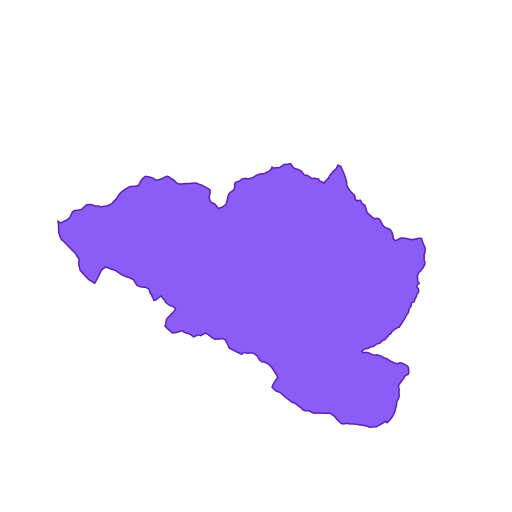 outline of Tang, Bumthang, Bhutan, rotated 296°
{"feature_id": "84629894B61267933696979", "entity_name": "Tang", "entity_type": "district", "adm_level": 2, "iso_a3": "BTN", "parent_name": "Bhutan", "parent_adm1": "Bumthang", "projection": "mercator", "projection_center": [90.891, 27.681], "detail": "fine", "context": "isolated", "style": "filled", "palette": "violet", "viewbox_px": 512, "rotation_deg": 296, "n_neighbors": 0, "source": "geoboundaries", "source_scale": "gbopen_adm2", "svg_char_len": 6128}
<svg xmlns="http://www.w3.org/2000/svg" viewBox="0 0 512 512"><g transform="rotate(296 256 256)"><path d="M163.5,446.7L164.9,447.5L169.2,448.7L173.4,449.2L177.7,448.9L183.4,447.7L186.7,446.4L189.8,446.6L192.9,446.2L196.3,444.1L198.0,443.5L199.6,442.6L201.5,441.2L202.9,441.0L205.9,441.4L210.5,442.4L213.0,442.3L216.6,444.7L218.4,444.4L220.7,443.1L222.7,441.7L223.4,440.5L223.7,437.7L223.7,433.6L222.6,431.6L221.3,430.6L220.8,429.0L220.5,426.5L220.6,422.0L221.1,418.3L220.7,416.6L220.6,414.0L220.9,411.7L220.5,410.1L220.2,407.8L219.2,406.6L218.5,405.1L218.3,403.2L218.3,401.2L218.4,399.6L218.0,397.9L216.9,396.1L216.4,395.1L216.2,394.0L216.5,392.7L217.9,393.2L218.7,393.9L219.1,394.1L220.0,394.2L220.5,394.7L221.5,396.7L222.6,397.8L223.7,398.1L224.2,398.4L225.1,399.8L225.5,400.1L226.1,401.1L226.4,401.4L226.7,401.6L228.1,402.0L229.0,402.6L229.5,402.6L229.9,403.0L230.5,403.9L231.3,404.9L231.9,405.3L232.5,405.8L232.9,405.9L233.9,406.1L234.8,406.6L235.7,406.9L236.2,407.3L236.9,408.3L237.3,408.6L239.1,408.9L241.4,409.8L242.5,409.9L243.2,409.9L243.9,410.1L244.8,411.0L246.7,411.4L247.6,411.3L248.0,411.3L248.8,412.0L249.3,412.2L251.1,412.7L251.4,412.9L252.3,413.9L253.8,414.6L254.4,415.5L254.7,415.9L255.1,416.0L256.8,416.1L258.1,416.4L260.1,416.5L261.1,416.7L263.0,416.8L264.0,417.0L265.1,417.0L266.6,417.2L268.4,417.2L269.1,417.2L270.5,417.6L272.4,417.7L273.3,417.5L273.8,417.4L274.6,416.9L276.2,417.0L277.0,416.9L277.5,417.0L278.2,417.3L279.0,417.3L279.7,417.2L281.2,416.6L282.0,416.4L282.4,416.5L282.8,416.8L283.9,417.9L284.4,418.1L285.2,418.1L287.0,417.7L289.0,417.9L289.5,417.9L291.4,417.5L292.1,417.4L293.1,417.5L293.9,417.9L294.3,418.0L295.9,417.6L297.4,416.6L297.7,416.3L298.4,414.8L298.8,414.2L299.8,413.7L300.7,413.6L301.3,413.7L301.9,414.1L302.6,414.7L303.0,414.7L303.3,414.4L304.2,412.6L304.7,412.0L305.4,411.6L307.1,411.1L307.3,410.7L307.8,410.2L308.3,410.0L310.1,409.7L312.8,409.6L313.2,409.8L314.2,410.4L317.1,410.8L318.9,411.4L319.3,411.4L320.5,411.3L321.6,411.5L322.0,411.2L323.0,411.1L324.0,410.8L324.6,410.4L324.9,410.1L325.3,409.6L325.8,409.1L327.5,408.2L328.8,407.8L330.1,406.8L330.8,406.6L333.0,406.4L334.6,405.7L335.8,405.3L336.4,404.9L336.9,404.7L337.8,404.0L341.1,400.1L344.3,397.1L343.7,395.3L343.4,394.7L340.9,391.6L338.9,388.7L337.4,382.4L335.8,378.4L332.6,376.1L330.8,374.3L331.6,372.0L335.1,369.6L337.5,367.1L338.7,364.6L338.5,362.2L338.3,359.0L339.4,356.1L341.9,353.0L343.1,351.2L343.3,349.7L342.7,347.6L341.4,346.2L341.6,344.3L343.7,337.1L345.1,335.6L349.4,331.6L349.4,330.0L349.8,328.1L351.9,325.4L350.7,323.6L350.0,321.9L350.5,320.3L352.4,319.1L353.7,317.9L354.2,316.4L355.1,313.7L356.0,311.8L357.4,309.2L359.4,306.6L362.7,304.7L368.0,299.6L373.8,292.8L373.6,289.8L369.7,289.8L365.3,288.1L360.5,287.0L357.8,287.0L352.5,285.2L351.3,285.2L351.4,283.4L351.7,282.5L351.3,280.6L351.4,279.7L352.7,278.5L352.1,277.2L351.7,275.5L351.7,274.7L350.1,272.3L350.6,269.6L350.9,267.7L350.8,266.0L350.1,264.9L349.9,264.0L350.5,263.0L351.4,260.8L352.0,260.1L352.3,257.5L352.3,256.0L351.7,253.4L351.9,250.2L353.0,248.9L354.1,246.9L353.7,245.7L352.5,244.6L351.3,242.3L350.2,240.8L345.7,238.5L345.3,237.5L343.8,234.7L342.7,233.3L343.0,231.5L342.4,231.5L340.2,231.4L337.4,230.4L336.0,228.9L334.4,228.0L333.0,226.3L332.2,224.7L330.9,223.1L328.3,220.7L325.3,219.0L323.2,216.8L321.4,214.3L321.0,212.1L319.0,209.7L316.4,208.5L313.3,205.4L311.3,205.1L309.8,206.2L306.9,207.1L304.5,206.6L302.1,205.0L298.8,204.4L289.5,206.5L288.5,206.0L285.5,204.5L283.9,203.1L282.4,201.3L282.8,200.0L284.5,196.6L284.8,195.2L284.5,192.1L286.3,189.7L288.6,187.9L292.4,187.2L295.3,185.7L295.8,180.5L295.7,178.9L295.9,177.1L295.8,175.1L295.5,173.5L295.5,171.4L295.0,169.3L291.4,163.4L290.2,160.8L288.9,158.9L287.3,155.9L286.8,154.1L287.1,152.0L287.8,150.0L288.4,147.5L288.6,144.9L289.0,142.9L288.7,141.1L287.5,139.9L285.4,138.4L283.7,137.0L280.7,133.8L280.4,131.9L280.8,129.7L280.6,127.4L280.1,124.6L279.0,121.6L275.5,120.0L271.9,119.5L267.6,119.4L265.0,115.5L262.9,112.0L258.5,109.0L254.5,107.0L251.7,106.1L246.6,105.5L239.5,103.3L235.7,100.2L232.0,94.5L231.9,92.4L230.4,90.0L230.4,88.6L229.8,84.6L227.8,81.3L223.6,79.6L221.4,78.9L219.0,75.7L217.6,73.3L215.4,71.7L209.0,71.8L206.0,70.5L201.3,66.9L200.1,65.7L200.1,64.5L200.4,62.8L196.8,65.2L190.9,68.2L188.7,70.2L186.7,72.2L185.3,74.4L185.1,76.0L183.5,80.2L181.4,86.2L180.0,90.0L179.2,92.8L177.6,94.8L175.8,98.0L174.2,99.0L172.0,99.6L170.2,100.8L166.1,104.2L163.3,111.0L161.5,116.0L161.1,118.6L161.2,119.3L160.8,123.0L164.1,123.2L175.7,123.3L180.1,125.5L180.6,128.7L180.6,131.0L181.4,135.3L180.3,143.6L180.5,148.8L181.1,152.1L180.8,156.7L177.5,161.6L177.5,164.6L178.2,167.4L179.5,170.6L179.3,174.0L178.6,175.1L175.8,177.6L175.6,179.2L174.4,179.8L173.4,181.6L171.4,183.5L171.8,184.6L174.8,186.3L176.9,187.1L178.4,188.5L178.1,188.9L176.8,191.4L176.0,193.9L175.0,194.7L174.4,196.2L173.9,199.3L173.7,200.9L174.3,202.8L173.9,205.1L172.9,207.1L170.8,206.7L161.7,203.7L159.9,203.3L156.8,204.2L155.2,204.8L153.1,204.8L152.0,207.9L150.6,212.8L150.1,214.5L152.1,217.7L156.5,222.3L156.0,224.9L156.1,227.0L156.6,228.7L156.7,232.0L155.9,235.3L158.2,237.3L159.6,238.2L160.2,241.3L163.7,243.5L164.6,244.8L164.4,247.7L163.3,252.5L163.2,255.7L165.9,260.4L167.2,262.2L167.2,265.0L166.3,266.1L163.8,269.8L162.3,271.1L161.4,273.0L161.4,276.8L161.3,280.5L161.3,286.3L162.8,286.7L163.9,287.4L164.4,288.3L164.8,290.8L167.2,294.9L167.5,296.9L167.1,298.5L167.1,299.8L166.7,300.9L164.0,304.9L163.5,307.7L164.3,309.9L164.4,313.5L164.1,315.0L163.3,317.7L161.0,322.0L157.9,326.9L156.1,329.0L152.7,328.0L148.4,327.7L145.3,327.8L144.1,330.5L143.4,333.8L143.9,336.7L143.8,338.3L142.9,341.0L142.0,344.4L140.9,350.1L140.3,351.8L140.8,355.1L140.5,357.3L139.8,359.6L139.5,362.5L138.2,365.7L138.6,368.5L140.1,371.1L139.9,375.3L140.5,377.9L141.1,378.8L143.2,383.0L144.2,385.5L147.0,391.2L147.1,392.2L146.2,397.3L144.7,400.2L143.4,404.1L142.8,406.2L143.6,408.8L144.6,409.7L145.5,411.4L146.2,413.9L147.3,416.1L149.3,421.4L149.6,423.7L150.7,425.4L150.8,426.4L151.8,431.2L151.9,433.2L154.5,437.5L155.1,439.0L156.9,440.0L158.1,441.1L164.3,445.2L163.7,446.4L163.5,446.7Z" fill="#8b5cf6" stroke="#5b21b6" stroke-width="1.5"/></g></svg>